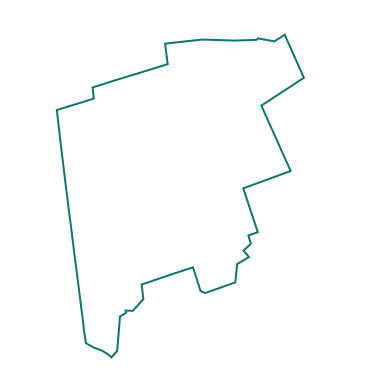 the district of Hillsborough, New Hampshire, United States of America, rotated 81°
{"feature_id": "52423323B30528767978051", "entity_name": "Hillsborough", "entity_type": "district", "adm_level": 2, "iso_a3": "USA", "parent_name": "United States of America", "parent_adm1": "New Hampshire", "projection": "orthographic", "projection_center": [-71.618, 42.952], "detail": "fine", "context": "isolated", "style": "outline", "palette": "teal", "viewbox_px": 384, "rotation_deg": 81, "n_neighbors": 0, "source": "geoboundaries", "source_scale": "gbopen_adm2", "svg_char_len": 944}
<svg xmlns="http://www.w3.org/2000/svg" viewBox="0 0 384 384"><g transform="rotate(81 192 192)"><path d="M342.7,297.4L337.3,290.8L328.4,288.6L303.7,282.6L301.1,276.1L298.7,276.1L300.1,269.1L290.2,256.8L275.5,256.2L269.8,223.2L266.5,202.8L291.2,199.0L293.8,194.6L288.1,163.4L270.3,158.7L265.1,145.9L258.0,150.3L252.4,142.0L243.7,143.1L242.0,133.3L196.4,140.8L186.7,91.3L162.9,97.7L117.5,110.0L96.7,63.6L61.4,73.1L51.2,75.8L56.1,87.1L50.6,102.8L51.8,104.7L49.1,126.3L43.0,158.1L42.7,165.1L41.7,184.9L41.3,195.4L61.9,196.0L62.9,202.9L63.7,208.3L69.8,251.5L73.2,273.8L84.4,274.4L89.9,312.7L90.0,312.7L101.1,313.2L135.7,314.6L147.8,315.0L157.7,315.4L192.5,316.5L198.3,316.7L199.9,316.7L200.3,316.7L232.9,317.8L250.3,318.3L260.7,318.6L264.3,318.7L267.5,318.8L273.7,319.0L290.5,319.5L296.9,319.7L303.5,319.9L311.5,320.4L324.8,320.4L330.4,313.2L334.5,305.8L339.0,300.5L339.2,300.4L342.7,297.4Z" fill="none" stroke="#0f766e" stroke-width="2"/></g></svg>